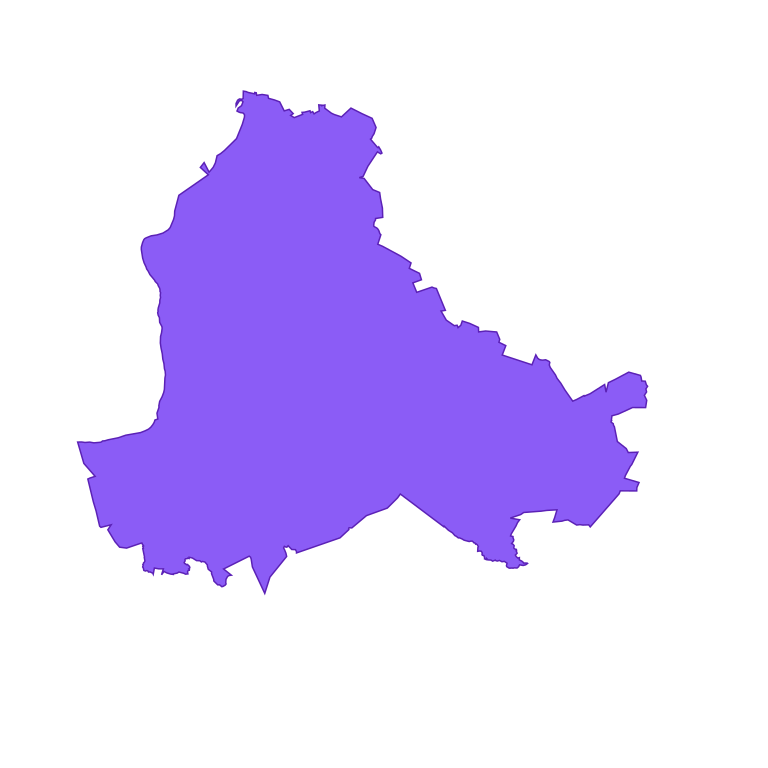 Copainalá, Chiapas, Mexico (Natural Earth projection), rotated 108°
{"feature_id": "50627088B20312620560058", "entity_name": "Copainalá", "entity_type": "district", "adm_level": 2, "iso_a3": "MEX", "parent_name": "Mexico", "parent_adm1": "Chiapas", "projection": "natural_earth1", "projection_center": [-93.236, 17.116], "detail": "fine", "context": "isolated", "style": "filled", "palette": "violet", "viewbox_px": 768, "rotation_deg": 108, "n_neighbors": 0, "source": "geoboundaries", "source_scale": "gbopen_adm2", "svg_char_len": 6171}
<svg xmlns="http://www.w3.org/2000/svg" viewBox="0 0 768 768"><g transform="rotate(108 384 384)"><path d="M148.9,608.3L156.0,606.2L157.0,607.0L157.6,609.6L159.3,610.9L162.9,611.4L165.3,610.6L159.3,609.0L158.5,607.4L158.6,606.2L159.2,605.3L163.3,605.5L166.6,607.9L169.8,608.2L170.1,607.8L169.9,607.2L170.2,606.4L170.3,604.5L169.8,602.0L170.3,600.8L171.2,599.8L173.3,599.2L180.8,599.0L196.2,600.1L211.2,607.9L215.4,610.6L218.4,613.3L225.8,612.7L230.7,613.4L236.6,615.8L229.0,623.5L234.8,625.6L239.3,615.7L267.9,637.4L284.2,636.5L288.9,635.2L292.7,635.0L301.2,635.7L302.7,636.3L304.2,637.0L308.8,640.9L312.4,646.0L315.0,651.2L318.5,655.4L319.7,656.5L320.9,657.0L324.0,657.3L328.7,657.1L331.0,656.4L338.9,652.4L342.9,649.6L346.3,646.4L347.9,645.3L349.5,643.2L352.3,640.4L356.2,634.2L357.2,633.3L358.8,630.2L360.4,629.0L362.2,627.0L363.9,626.0L364.9,625.8L366.2,624.7L368.8,624.2L370.9,623.2L373.4,623.1L376.2,622.3L381.4,622.2L383.7,621.8L384.5,621.3L386.1,621.3L388.4,620.0L390.3,618.1L394.7,616.4L398.1,612.9L399.7,612.2L404.1,611.4L407.8,611.2L414.1,609.4L418.6,607.2L423.8,604.2L428.6,602.1L432.6,599.6L437.4,597.5L439.4,596.1L443.0,594.6L446.0,594.2L457.0,591.2L460.1,590.9L464.5,591.1L469.9,592.0L474.3,591.4L475.7,590.8L481.9,590.9L487.2,588.3L489.0,590.7L491.4,590.7L494.1,591.3L497.1,592.4L499.7,594.0L502.4,596.8L505.5,600.6L512.5,613.8L517.3,620.2L522.3,629.1L524.3,632.0L525.2,634.2L526.1,634.6L527.0,635.6L529.6,641.7L530.2,645.9L532.0,650.3L532.6,653.7L533.9,657.4L552.3,644.9L561.1,630.2L564.2,634.5L565.9,636.3L585.9,624.0L593.7,618.6L607.1,610.5L607.8,608.9L602.2,600.0L608.0,601.6L617.2,591.0L620.9,585.0L619.6,578.1L610.4,565.8L610.1,565.0L611.3,564.1L611.8,563.0L612.3,562.6L612.9,563.3L614.5,562.1L615.0,562.6L622.6,558.3L623.0,558.4L626.2,556.7L627.6,556.9L628.4,557.4L629.4,557.2L630.1,557.6L630.9,557.0L632.6,557.0L633.3,556.1L635.5,554.8L635.6,553.1L634.7,551.9L634.8,550.8L635.6,549.9L635.0,548.2L635.3,546.7L635.2,545.6L636.2,544.7L630.0,545.5L629.4,541.1L628.0,536.7L634.2,536.6L630.3,535.3L630.8,532.1L630.7,528.1L630.2,525.5L629.7,525.7L627.8,522.3L626.2,520.9L625.9,516.0L626.2,514.0L625.2,511.8L623.3,512.8L621.8,512.6L621.3,511.6L620.6,511.7L620.1,512.5L619.7,512.1L618.7,511.9L617.5,512.7L616.9,514.2L616.3,515.0L616.9,516.1L616.4,517.0L616.3,518.2L615.5,518.9L613.7,518.5L612.3,519.1L611.6,518.8L610.9,517.2L610.3,517.0L610.2,515.4L609.0,515.8L608.7,512.5L609.9,507.6L609.0,504.6L609.7,502.7L608.9,501.9L608.6,499.5L610.6,496.1L611.6,495.8L614.5,493.9L616.0,489.9L617.7,489.4L622.3,485.7L624.0,484.9L626.4,480.1L625.8,478.3L626.9,475.6L626.3,474.6L624.4,472.9L623.0,472.4L621.6,473.2L618.6,473.9L615.4,473.3L614.1,472.3L613.0,470.1L609.5,479.4L589.4,459.0L589.9,457.5L591.4,456.3L598.7,452.6L620.0,432.7L602.9,432.8L578.1,423.3L575.2,425.0L572.2,427.5L571.0,428.8L569.2,428.6L569.4,426.7L569.1,425.9L567.4,425.2L569.9,420.6L568.9,417.0L570.5,415.4L571.7,415.0L543.9,378.3L533.3,372.4L532.7,372.9L531.5,372.8L530.8,370.1L514.6,360.0L501.0,342.5L488.1,335.9L483.6,334.5L501.3,283.0L500.6,282.9L503.2,277.5L504.4,272.9L506.3,269.7L506.5,268.2L507.4,265.8L507.0,264.6L507.3,261.6L507.8,259.6L507.5,254.3L506.5,252.7L506.2,251.2L507.3,249.3L507.0,248.6L508.0,247.3L507.6,246.9L508.1,245.5L509.6,244.0L510.4,244.2L514.2,243.2L513.3,241.5L513.0,239.8L514.0,238.6L514.6,238.2L515.5,238.3L516.5,237.5L516.3,236.1L517.2,235.3L518.6,234.4L519.2,234.4L519.4,232.6L518.2,232.6L518.7,231.6L519.2,231.7L519.2,230.9L518.4,227.9L518.9,225.9L517.1,223.7L517.4,223.3L517.4,221.6L516.1,219.6L516.6,216.9L515.5,214.7L516.4,211.6L519.0,211.4L519.8,210.8L520.4,208.4L520.3,207.3L519.8,206.4L519.1,203.9L518.6,203.4L517.9,200.6L516.2,199.5L514.1,199.2L513.6,195.6L512.2,193.4L510.3,192.0L510.1,192.5L511.1,196.0L510.5,196.6L509.9,198.1L509.4,201.0L507.3,201.6L508.2,202.9L507.3,204.9L506.1,206.2L503.8,205.1L501.9,206.7L501.6,206.4L500.4,207.0L500.6,207.6L500.2,209.5L499.5,210.0L497.6,210.2L496.6,211.6L496.3,213.3L493.5,212.3L492.1,212.4L490.2,213.9L489.2,214.2L489.4,216.7L487.1,216.6L478.3,214.6L474.7,214.2L471.2,213.0L472.5,222.5L465.9,213.6L463.0,211.4L456.4,195.3L453.9,190.1L450.2,180.6L458.2,180.4L463.1,180.6L459.4,172.3L457.8,170.0L456.4,167.0L458.6,157.2L457.2,154.2L456.7,151.3L454.7,145.8L456.2,143.7L415.9,126.5L412.6,126.3L407.6,110.6L404.4,111.5L398.9,111.0L399.3,126.2L396.3,126.1L386.1,124.3L384.1,123.5L370.4,121.5L373.7,130.5L370.6,133.6L366.6,144.3L353.4,151.7L352.3,153.0L350.9,153.7L350.1,156.2L349.1,156.5L348.5,156.1L347.9,156.6L343.8,157.4L340.2,151.9L329.6,140.4L325.6,127.9L318.3,129.1L314.3,132.9L310.4,131.8L307.7,133.4L304.7,132.6L303.7,134.2L300.6,136.4L301.5,139.8L297.9,141.7L296.6,142.8L297.1,154.9L308.1,165.5L313.4,171.0L323.2,170.3L316.3,174.0L329.6,185.0L333.6,189.7L333.2,190.2L339.2,196.0L342.0,199.2L333.7,210.2L328.6,216.1L325.1,221.2L322.4,223.7L316.9,231.0L314.8,232.7L312.2,233.0L311.5,234.0L311.0,237.7L312.3,240.5L312.7,242.6L312.6,244.2L311.9,245.9L309.4,248.6L320.0,249.2L319.9,280.5L309.9,280.0L308.8,287.6L305.8,287.7L299.7,292.9L302.2,303.7L305.2,310.1L301.0,311.7L299.9,321.1L299.9,329.0L304.5,329.1L307.5,331.0L305.5,332.6L306.8,335.2L304.0,344.5L297.0,352.3L295.0,348.4L277.0,363.7L277.2,366.3L277.0,368.3L286.7,381.2L278.9,387.8L273.3,380.6L267.8,384.4L266.2,395.7L260.5,395.7L257.3,407.1L253.5,427.8L253.0,433.1L243.0,433.1L242.3,434.4L239.6,436.4L238.2,438.2L237.8,439.3L237.3,442.1L237.0,442.5L235.5,443.0L233.2,443.4L230.6,442.8L229.2,443.2L225.9,436.7L217.1,439.9L209.1,444.4L203.2,447.3L202.6,454.8L194.6,466.5L195.4,471.3L192.9,468.0L181.9,466.6L165.3,462.0L166.1,458.2L165.0,457.3L162.4,459.6L160.1,462.3L161.1,462.7L160.8,463.6L155.3,472.5L154.2,471.7L152.1,471.6L149.1,470.8L142.5,470.8L135.0,477.4L133.7,488.5L131.8,500.7L143.1,507.0L143.1,514.4L142.7,517.7L140.0,525.6L136.9,526.4L138.4,529.1L138.0,529.1L138.7,532.3L144.3,529.9L146.9,532.6L148.7,534.0L147.0,536.0L148.6,537.7L147.0,538.8L150.1,543.7L151.0,545.9L152.7,544.7L158.4,551.7L157.4,555.8L154.9,553.9L152.1,559.0L155.1,563.3L147.9,570.4L147.7,576.1L148.0,582.1L145.4,583.6L146.3,589.4L148.8,594.3L146.5,595.5L146.7,597.0L148.0,596.7L148.7,603.4L148.5,605.5L148.9,608.3Z" fill="#8b5cf6" stroke="#5b21b6" stroke-width="1.5"/></g></svg>